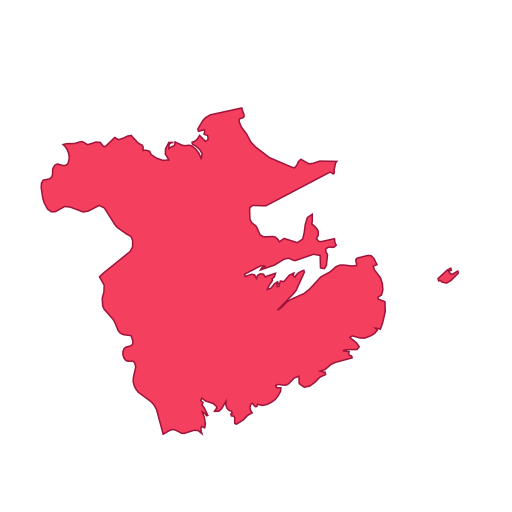 Finistère, Mercator projection, rotated 165°
{"feature_id": "FRA-5292", "entity_name": "Finistère", "entity_type": "Metropolitan department", "adm_level": 1, "iso_a3": "FRA", "parent_name": "France", "parent_adm1": "", "projection": "mercator", "projection_center": [-4.177, 48.253], "detail": "fine", "context": "isolated", "style": "filled", "palette": "rose", "viewbox_px": 512, "rotation_deg": 165, "n_neighbors": 0, "source": "natural_earth", "source_scale": "10m", "svg_char_len": 5442}
<svg xmlns="http://www.w3.org/2000/svg" viewBox="0 0 512 512"><g transform="rotate(165 256 256)"><path d="M413.5,413.6L409.9,413.5L402.2,411.6L396.5,411.8L394.7,411.6L393.0,410.5L390.5,407.7L389.5,407.1L381.2,407.5L377.0,406.0L375.1,401.6L373.2,400.7L361.8,407.1L358.7,404.0L354.0,404.1L349.1,405.1L345.1,404.7L344.8,403.6L340.7,395.8L339.1,394.1L337.5,392.8L336.8,390.9L337.7,387.1L335.8,387.0L334.4,386.4L331.7,384.7L331.0,381.1L326.9,376.4L321.1,372.4L315.3,371.3L317.2,378.0L315.7,382.9L310.8,388.3L306.3,387.1L308.5,387.3L310.3,386.8L311.5,385.3L312.3,382.4L309.6,383.4L307.5,383.5L305.8,384.3L304.7,387.1L298.5,382.0L295.6,380.8L292.1,380.4L289.4,378.9L286.6,375.1L284.5,369.9L283.8,364.6L281.5,368.5L282.8,373.4L285.7,377.9L288.4,380.4L288.4,382.4L285.6,382.7L283.5,383.5L281.5,384.9L279.3,387.1L275.2,379.9L272.1,380.8L271.5,384.8L274.7,387.1L274.1,388.3L273.3,389.3L273.3,391.3L279.3,391.3L279.3,393.8L272.2,400.7L268.9,402.7L263.5,404.2L231.4,402.7L231.5,400.2L231.0,395.7L231.4,393.8L232.8,392.9L234.8,392.9L236.7,392.5L237.5,390.3L236.8,384.5L233.5,376.2L231.4,367.3L228.1,361.3L217.7,347.7L198.3,332.4L196.1,331.2L193.2,333.0L190.5,336.3L187.6,337.8L181.1,331.4L177.3,330.7L169.9,331.2L153.5,326.5L154.9,325.4L156.0,323.4L157.0,321.3L158.3,318.9L158.4,317.7L158.7,316.5L159.5,315.3L160.2,315.3L161.9,317.3L163.2,317.8L233.6,301.9L246.1,305.7L249.3,304.4L250.3,302.0L252.4,292.8L251.4,289.1L248.3,285.1L247.7,282.8L246.6,275.5L243.6,272.5L234.4,270.4L232.6,269.3L231.3,267.7L230.3,265.8L229.8,263.7L224.3,265.7L212.6,258.2L206.5,260.3L203.4,266.1L200.3,273.6L196.5,279.8L190.8,281.8L192.7,274.8L193.8,272.6L191.3,268.9L190.0,266.1L189.5,263.7L190.5,259.8L192.2,258.3L193.1,257.0L191.5,253.7L188.9,253.0L175.7,252.4L176.3,249.0L175.7,245.7L178.1,244.4L180.0,244.5L181.8,245.3L184.2,245.7L186.9,244.7L187.4,242.5L186.9,240.2L186.5,239.0L190.4,228.7L193.2,226.1L196.8,227.8L193.9,239.9L200.0,242.8L219.4,241.4L221.7,242.6L223.1,244.0L224.8,245.2L227.6,245.7L230.3,245.5L240.6,242.4L255.3,241.4L253.9,242.8L252.5,243.4L249.3,243.5L253.8,245.3L271.7,241.4L271.7,239.0L264.9,239.5L262.3,238.2L261.4,234.3L259.4,236.9L256.4,237.7L253.6,236.6L252.4,233.3L251.0,233.7L241.7,234.3L243.5,231.3L244.5,230.6L246.3,229.8L246.4,228.4L247.4,227.0L249.6,225.5L253.8,220.8L250.1,220.9L245.1,224.5L241.7,225.5L241.7,223.3L243.3,223.3L243.3,220.8L241.7,220.8L241.0,222.4L239.7,224.1L238.9,225.5L235.6,224.1L228.7,228.9L223.8,229.8L224.4,228.6L224.6,228.4L225.4,227.8L223.8,225.5L222.0,227.3L219.4,228.7L216.5,229.5L213.5,229.8L213.5,227.8L226.0,212.6L228.4,210.6L249.3,198.1L245.4,199.3L238.6,203.3L234.2,204.9L219.4,207.3L212.7,210.2L198.9,219.0L188.2,221.6L181.6,225.0L177.4,225.5L173.6,224.6L165.9,221.5L161.7,220.8L160.9,221.9L160.9,224.3L160.6,226.7L158.7,227.8L147.6,227.6L144.7,226.5L142.8,223.2L141.4,216.3L145.5,215.9L145.1,211.7L141.4,202.8L141.1,196.6L142.2,190.5L144.8,185.9L148.9,184.6L148.9,182.6L143.3,178.5L145.5,168.9L150.9,158.8L154.8,153.1L157.1,154.6L159.5,155.5L157.8,153.1L161.3,150.6L165.4,149.3L172.2,148.5L176.5,149.8L183.7,153.9L186.5,153.1L181.4,146.1L179.8,141.6L182.7,139.5L192.7,142.1L196.8,142.0L190.8,139.5L191.5,138.2L191.9,137.1L191.4,136.0L189.5,134.8L189.5,132.7L206.5,132.7L211.5,131.9L218.7,128.4L223.8,128.2L220.8,126.4L219.4,126.0L219.4,123.5L225.7,122.4L231.7,118.8L237.6,116.5L243.3,116.7L247.3,121.5L245.7,128.8L250.8,128.2L257.5,124.2L259.8,123.5L262.5,124.0L267.4,126.0L270.3,126.0L270.3,123.5L266.1,122.3L267.3,118.9L271.0,115.1L274.7,112.4L278.9,110.7L284.0,109.7L288.9,110.1L292.9,112.4L294.2,110.4L295.4,110.5L296.5,112.0L297.4,114.5L298.7,114.5L300.2,112.9L301.1,110.9L301.2,108.4L300.3,105.4L303.4,104.8L306.0,103.8L310.7,100.9L318.4,98.6L319.8,99.7L319.2,102.8L318.4,105.2L318.7,106.9L321.2,107.9L321.2,109.9L319.8,109.9L319.8,112.4L321.9,113.8L323.4,116.3L323.7,119.6L322.6,123.5L328.8,117.3L332.0,115.7L336.3,116.7L334.1,118.7L333.2,119.2L333.2,121.2L335.8,124.8L342.3,129.0L345.1,132.7L346.8,130.5L345.1,128.2L346.8,126.0L345.7,123.9L345.0,121.2L343.8,114.5L345.1,114.5L345.8,116.4L346.5,117.4L348.2,119.2L347.7,113.4L348.3,107.0L350.0,103.3L352.7,105.4L353.7,103.9L354.2,102.3L354.3,100.5L354.2,98.4L357.1,102.4L361.2,103.7L371.3,103.2L373.8,104.1L378.8,108.7L381.2,109.9L384.0,110.0L391.8,107.9L391.8,113.5L391.8,133.7L393.2,138.8L395.2,142.6L404.9,154.8L406.4,158.3L407.2,162.1L407.2,166.5L405.7,170.8L400.9,179.8L400.8,184.3L402.3,186.4L406.7,187.4L408.7,188.6L410.0,191.7L410.1,195.2L409.1,198.4L407.3,200.8L405.0,201.7L400.3,201.6L398.2,202.6L397.3,204.2L397.0,206.3L397.2,211.1L398.2,211.8L404.1,214.2L406.0,215.6L407.4,217.2L408.4,219.4L409.7,229.3L410.7,232.3L416.5,244.0L417.0,247.5L415.5,254.9L412.2,260.7L410.2,267.1L412.6,276.4L407.8,279.0L376.5,292.9L372.9,296.7L371.2,302.8L371.6,306.7L373.1,308.7L374.9,310.2L382.5,319.3L384.0,322.3L390.1,341.7L394.3,345.4L406.4,342.8L411.5,343.2L422.7,351.3L428.0,353.3L438.4,350.7L442.3,351.7L445.2,355.3L446.8,362.1L447.0,366.9L445.8,377.7L444.3,382.0L441.8,384.4L435.8,383.9L433.0,385.0L431.3,387.7L430.6,390.4L429.5,393.2L426.7,395.8L424.0,396.3L419.3,393.5L416.8,392.8L414.7,393.4L413.1,394.9L411.8,397.2L410.8,400.0L410.4,403.3L410.8,407.2L411.9,411.0L413.5,413.6ZM83.0,182.6L83.5,183.3L83.9,184.2L84.6,184.8L86.0,184.6L86.0,187.1L74.8,193.0L71.0,193.8L71.0,191.6L71.7,191.5L73.2,191.7L73.9,191.6L72.7,188.3L70.5,187.7L65.0,189.3L65.0,187.1L74.0,181.9L78.9,180.5L83.0,182.6Z" fill="#f43f5e" stroke="#9f1239" stroke-width="1.5"/></g></svg>